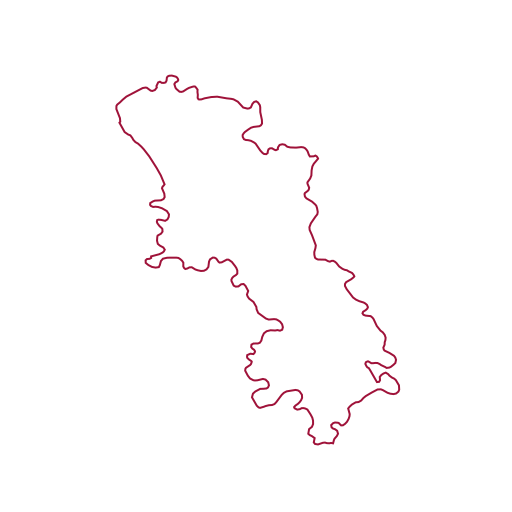 Sharkawshchyna, Vitebsk, Belarus (Mercator projection), rotated 62°
{"feature_id": "67162791B8322834804347", "entity_name": "Sharkawshchyna", "entity_type": "district", "adm_level": 2, "iso_a3": "BLR", "parent_name": "Belarus", "parent_adm1": "Vitebsk", "projection": "mercator", "projection_center": [27.573, 55.372], "detail": "fine", "context": "isolated", "style": "outline", "palette": "rose", "viewbox_px": 512, "rotation_deg": 62, "n_neighbors": 0, "source": "geoboundaries", "source_scale": "gbopen_adm2", "svg_char_len": 6103}
<svg xmlns="http://www.w3.org/2000/svg" viewBox="0 0 512 512"><g transform="rotate(62 256 256)"><path d="M74.2,314.0L84.9,313.8L88.8,311.8L90.5,310.3L93.8,309.8L95.8,309.8L98.8,309.0L101.4,307.4L105.6,305.9L109.1,305.0L117.8,303.5L131.7,302.4L140.2,302.2L149.8,303.1L150.5,304.6L150.9,305.9L152.0,307.2L157.9,307.7L161.1,309.0L162.3,310.9L162.2,313.8L159.6,319.4L159.4,321.6L159.6,324.5L161.1,325.5L162.5,325.3L164.4,323.8L165.3,321.6L166.8,319.4L169.7,316.6L174.5,313.6L178.4,313.3L180.6,314.8L182.1,317.0L182.3,319.7L179.5,322.9L178.1,325.1L177.9,326.4L179.3,327.5L181.0,327.7L184.5,327.1L186.9,326.2L188.2,326.0L190.6,327.1L191.7,329.4L191.8,333.3L192.8,334.2L196.0,336.2L199.2,337.0L201.7,336.0L205.0,333.8L207.6,333.6L208.7,335.2L209.1,336.8L209.1,339.3L209.0,340.7L207.1,348.8L208.5,349.5L208.5,351.4L207.5,353.7L208.0,355.5L210.3,356.6L213.4,355.3L216.8,353.0L219.1,350.1L220.2,347.0L218.8,345.1L215.8,342.3L214.7,339.4L215.8,335.3L217.5,331.9L220.0,327.2L221.3,325.4L223.3,324.3L225.6,323.5L227.8,323.3L231.1,325.1L232.9,325.1L234.3,324.5L234.8,322.5L234.8,320.1L235.8,318.0L239.4,315.9L241.2,314.2L243.4,311.6L244.6,308.9L244.6,306.0L243.3,303.2L238.9,300.1L237.4,298.2L237.1,294.9L238.1,293.3L239.7,292.3L243.6,291.8L244.7,291.3L245.5,289.2L245.5,283.4L246.4,281.9L249.9,280.1L255.1,279.2L257.4,279.0L260.0,279.3L262.8,280.8L263.4,282.6L263.6,285.5L264.2,287.3L265.4,288.9L266.7,289.4L271.7,289.6L273.5,288.3L274.6,285.8L274.0,282.4L274.9,280.1L277.5,279.3L283.2,279.3L285.8,282.1L287.8,282.4L290.4,282.1L295.4,279.8L301.1,279.6L303.4,280.5L307.3,280.8L315.9,276.6L318.1,274.6L320.2,269.7L321.5,267.8L323.5,266.5L325.4,265.5L328.5,265.0L331.5,265.7L333.4,267.5L333.2,269.9L331.5,271.8L330.8,274.0L328.4,278.0L327.4,281.9L328.0,285.3L330.3,288.4L333.2,291.0L334.4,293.4L334.1,295.4L332.1,299.3L332.1,301.6L334.1,303.0L336.0,302.7L337.9,301.7L339.7,301.6L340.7,302.5L341.4,304.3L339.6,306.9L339.4,310.3L340.9,311.3L342.0,311.5L344.3,310.7L346.7,309.4L347.4,309.4L349.0,311.1L349.5,312.3L350.0,317.3L350.6,318.3L352.2,319.4L357.8,319.4L361.3,318.8L364.4,316.7L365.4,315.4L366.4,313.1L367.8,307.6L369.6,305.6L373.2,304.5L376.3,305.3L377.7,307.1L377.9,308.9L376.6,312.1L375.3,314.6L375.3,320.2L376.1,323.3L378.9,325.9L388.5,325.6L390.9,324.8L392.0,323.7L392.8,319.8L393.0,318.0L393.8,314.7L395.1,311.8L395.4,309.2L394.6,306.8L390.7,298.5L389.9,295.7L389.9,292.5L392.8,284.0L394.3,282.1L396.1,281.1L400.1,280.6L402.9,281.9L404.5,283.9L405.5,286.0L406.2,288.3L406.6,291.5L407.3,293.3L408.6,293.4L411.0,291.7L411.8,289.2L411.8,287.0L412.8,285.2L413.9,284.0L415.7,282.7L421.6,282.2L425.2,282.2L428.1,282.9L431.2,284.5L433.1,286.8L433.8,290.4L437.5,293.3L439.4,292.6L441.1,291.3L444.3,289.7L447.7,292.5L449.7,292.1L451.5,289.7L452.3,284.7L453.1,282.7L454.5,281.3L455.8,279.2L456.3,277.5L457.6,275.9L455.2,273.7L454.2,272.5L452.9,269.1L451.4,267.0L448.4,266.4L446.0,267.6L444.5,269.0L442.8,269.7L440.6,269.0L439.8,266.4L440.1,264.4L441.6,262.1L442.2,261.4L445.5,260.4L446.3,258.8L446.0,256.2L445.1,253.5L443.3,250.7L441.4,248.7L439.6,247.5L433.9,246.2L433.0,244.1L432.2,241.1L432.0,236.7L433.1,234.0L433.0,231.0L431.8,227.8L431.2,224.8L430.9,217.9L430.9,211.4L432.3,208.4L433.9,207.0L438.5,204.1L440.6,202.1L442.5,199.4L443.2,196.9L442.6,193.9L441.2,192.3L437.3,190.5L431.2,190.8L429.1,191.6L427.2,193.0L424.2,194.4L422.5,194.7L419.9,196.2L419.6,198.6L419.9,201.2L420.9,203.5L423.9,204.8L424.9,206.4L424.1,208.4L411.5,208.8L408.0,209.0L406.5,210.0L404.8,210.2L402.6,210.1L401.4,208.9L401.4,207.0L401.8,206.3L404.8,204.5L405.6,203.0L406.4,200.9L407.5,199.0L409.5,197.5L411.0,196.8L414.9,193.9L416.1,193.3L417.1,190.7L417.2,189.0L416.6,185.7L415.9,183.2L413.4,181.1L411.0,180.7L408.9,181.0L404.2,183.7L399.9,186.9L398.6,187.1L396.7,186.6L394.7,184.1L392.5,182.8L391.1,181.3L389.0,179.9L386.0,179.4L382.9,179.9L380.4,181.1L374.5,182.2L366.9,181.8L365.1,182.1L362.9,183.0L360.1,187.2L358.4,188.7L356.6,188.9L355.5,187.6L355.3,184.6L354.7,182.4L353.7,181.2L351.2,181.0L349.0,181.9L347.6,182.8L344.4,186.0L341.5,188.2L338.2,189.8L327.9,191.5L324.2,191.5L322.5,190.6L321.4,188.7L321.2,182.8L320.6,179.7L320.1,178.7L318.3,178.7L316.2,179.1L314.9,180.0L313.1,181.4L311.3,182.4L309.8,184.2L307.9,185.7L304.3,187.5L299.9,188.3L298.1,189.0L296.5,190.1L295.8,191.5L295.7,193.4L294.4,194.8L291.8,196.5L288.2,202.9L286.9,204.0L285.2,204.7L282.3,203.9L279.9,202.7L276.9,199.8L274.7,198.2L264.0,196.8L258.2,196.4L255.6,195.3L252.9,192.2L249.1,184.9L248.0,182.3L246.1,180.8L242.3,179.6L239.9,179.2L238.4,179.5L234.3,181.0L228.8,184.4L226.5,184.9L224.1,184.1L223.4,183.3L222.8,179.7L222.2,178.3L220.7,177.0L216.3,176.6L215.1,176.0L213.0,171.8L210.9,169.3L206.5,166.7L203.4,164.2L201.7,161.7L199.2,155.5L198.2,155.4L196.6,155.6L195.2,156.4L195.1,158.2L193.4,161.7L191.3,161.8L187.9,161.3L185.9,161.5L183.8,162.1L182.4,163.1L181.1,164.9L179.1,169.8L176.2,174.8L174.2,177.1L171.3,178.3L169.7,180.3L169.1,182.6L169.1,183.2L170.4,185.6L172.0,186.6L171.9,188.8L171.0,189.7L168.4,191.3L167.5,193.2L167.7,194.9L169.2,196.5L170.5,197.3L170.9,199.1L169.7,201.0L168.2,201.8L164.8,202.7L156.6,203.6L154.9,204.4L151.9,206.4L150.0,208.6L148.8,210.5L147.2,211.8L144.6,211.8L142.9,211.0L141.9,209.3L141.3,207.6L140.7,203.4L140.4,200.1L140.9,197.5L143.0,192.1L142.9,190.3L141.9,188.5L138.6,186.9L131.0,184.7L126.6,182.4L124.6,181.8L121.3,182.2L119.5,183.2L119.1,185.3L119.9,187.6L122.4,190.8L122.4,192.9L121.8,194.4L118.9,197.6L111.2,199.6L107.1,202.3L105.6,204.1L103.0,207.9L97.1,215.5L94.6,221.0L92.6,227.5L92.1,230.6L91.3,232.4L90.7,233.2L89.0,233.3L86.4,231.7L83.7,230.7L81.7,229.5L79.0,229.9L77.7,230.3L77.1,231.3L76.7,232.8L76.1,236.2L76.1,238.3L76.5,243.1L76.1,244.8L75.0,246.4L71.1,247.9L69.6,248.1L65.9,247.4L64.9,245.7L64.9,243.2L64.1,242.0L63.2,241.8L61.4,241.9L60.0,242.6L57.2,245.6L56.1,248.0L56.0,249.7L56.6,250.9L59.2,252.7L60.3,254.4L59.9,256.1L58.9,257.9L57.0,259.0L56.8,260.9L59.2,264.1L60.7,264.5L62.0,267.4L61.6,270.1L60.5,271.4L56.2,273.4L55.4,274.5L54.5,277.2L54.4,295.6L55.4,300.3L56.5,304.0L57.2,307.5L58.0,308.8L60.7,310.3L70.4,311.4L73.7,312.8L74.2,314.0Z" fill="none" stroke="#9f1239" stroke-width="2"/></g></svg>